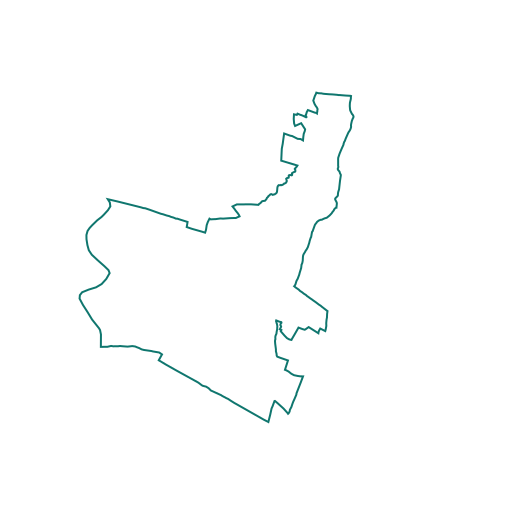 the district of Almaj, Dolj, Romania, rotated 49°
{"feature_id": "2599482B54924202091715", "entity_name": "Almaj", "entity_type": "district", "adm_level": 2, "iso_a3": "ROU", "parent_name": "Romania", "parent_adm1": "Dolj", "projection": "natural_earth1", "projection_center": [23.708, 44.445], "detail": "fine", "context": "isolated", "style": "outline", "palette": "teal", "viewbox_px": 512, "rotation_deg": 49, "n_neighbors": 0, "source": "geoboundaries", "source_scale": "gbopen_adm2", "svg_char_len": 6121}
<svg xmlns="http://www.w3.org/2000/svg" viewBox="0 0 512 512"><g transform="rotate(49 256 256)"><path d="M396.1,335.3L396.1,334.6L395.6,333.1L395.3,332.5L394.3,331.3L393.2,328.4L391.3,325.2L390.3,323.3L389.5,321.5L387.1,316.5L386.2,315.5L380.9,305.4L377.7,299.5L375.9,301.5L373.8,303.3L370.9,305.5L368.0,306.6L364.6,307.2L362.0,308.2L360.9,308.8L355.8,300.4L348.7,304.5L345.9,306.0L344.7,305.7L343.9,305.1L343.2,304.6L341.0,303.5L339.5,302.2L334.7,299.0L332.7,297.5L331.8,296.5L331.5,295.9L330.3,295.0L329.3,294.0L328.5,292.6L328.1,291.6L326.8,290.2L325.1,288.0L323.9,286.9L322.9,285.9L320.9,284.7L320.2,284.5L319.3,284.0L318.3,283.6L317.9,283.0L321.0,281.4L322.5,280.3L322.8,280.4L323.1,280.6L323.2,281.4L323.6,282.4L324.1,282.9L325.5,283.2L325.9,283.5L326.5,285.0L327.0,286.1L328.5,285.4L329.1,286.7L335.0,286.7L338.3,286.5L340.6,285.7L341.7,285.0L342.6,284.3L342.2,283.4L340.6,278.6L338.3,272.0L337.9,270.9L341.6,268.9L343.6,267.6L343.8,266.9L344.2,262.9L355.2,259.6L354.7,259.0L354.0,258.0L353.5,256.9L352.9,255.1L358.1,253.0L357.6,252.2L355.8,249.9L354.9,248.8L352.7,247.0L350.4,244.6L348.8,242.6L348.3,242.2L347.2,241.1L346.5,240.5L345.2,239.0L344.7,238.6L344.5,238.2L337.5,239.6L336.0,239.8L334.0,240.4L330.1,241.2L326.9,242.0L325.5,242.3L323.3,242.9L320.9,243.4L320.1,243.7L318.1,243.9L315.9,244.6L313.6,245.0L311.2,245.7L309.4,245.8L305.5,246.8L303.9,247.0L303.9,246.6L303.5,245.4L303.2,244.7L301.8,242.5L301.2,241.4L300.6,239.6L298.5,235.7L297.3,234.0L294.7,229.8L293.6,228.6L292.4,227.3L291.9,226.1L291.3,225.2L290.2,223.8L287.5,221.2L286.7,220.3L286.3,219.7L285.9,218.9L285.1,216.3L284.5,214.8L284.3,213.6L283.6,211.8L283.4,211.2L281.0,207.2L279.7,205.4L278.9,204.1L278.0,202.5L277.9,202.0L274.9,198.3L274.7,198.0L274.5,197.6L274.5,197.1L271.2,191.2L270.9,190.2L270.7,189.0L270.3,187.4L270.4,186.2L270.4,185.5L270.9,183.9L271.2,183.2L271.8,182.6L271.9,182.1L272.3,180.5L272.8,179.1L273.2,178.3L273.5,177.6L273.6,177.1L273.6,176.5L273.7,173.8L273.4,170.8L273.0,169.6L272.9,168.8L272.6,167.3L272.2,166.6L272.0,165.8L271.9,164.0L272.3,163.6L269.5,160.6L268.8,160.1L267.9,159.8L265.4,159.2L264.8,158.8L264.5,158.2L264.3,155.3L264.1,154.6L262.4,152.9L261.6,151.9L260.2,149.6L254.3,143.2L250.9,139.2L250.3,138.7L248.9,138.4L247.9,138.0L247.4,137.7L246.9,137.6L245.5,137.6L244.5,137.5L243.9,137.1L243.5,136.7L243.4,136.2L243.1,135.8L242.5,135.2L241.9,134.9L241.1,134.2L236.7,130.4L235.8,129.5L235.5,129.0L233.5,125.6L231.0,120.5L229.6,117.4L229.2,116.7L228.7,116.2L227.7,114.4L227.5,113.6L227.2,113.0L226.2,111.2L223.8,106.1L223.3,104.9L223.1,103.9L222.6,102.4L222.1,101.3L221.5,100.3L220.9,99.5L219.7,98.6L218.9,97.7L216.9,95.0L215.7,92.7L215.4,91.7L214.9,91.2L214.6,90.8L213.7,90.5L212.6,90.3L211.9,90.4L211.0,90.2L208.0,89.4L207.3,89.0L205.9,88.0L204.4,86.9L203.0,85.6L201.9,84.5L199.9,81.7L199.4,81.1L198.6,80.4L197.6,79.3L197.0,79.7L193.5,83.3L189.7,87.0L188.6,88.2L187.5,89.1L184.2,92.3L181.5,95.1L178.0,98.5L176.9,99.4L176.2,99.9L174.2,102.0L172.3,103.3L172.9,104.3L173.9,106.7L176.3,110.8L179.5,112.0L182.0,112.5L183.6,112.6L184.9,112.9L185.6,113.2L186.2,114.0L187.4,115.2L187.8,115.9L188.4,116.5L187.3,116.8L186.3,117.6L179.9,121.1L180.7,123.3L181.9,125.1L182.3,126.2L182.9,126.4L183.8,126.5L184.3,126.9L184.2,127.2L181.1,128.5L179.3,129.4L178.6,129.9L175.8,131.3L176.3,132.6L174.0,134.4L177.3,137.6L181.0,140.3L183.5,141.2L185.4,134.8L192.6,135.8L193.7,137.2L195.1,139.8L197.1,142.1L199.6,144.7L197.0,145.6L194.9,147.7L189.2,150.0L187.7,151.2L182.0,154.4L188.9,162.3L192.0,166.2L200.6,174.4L214.9,165.4L215.3,166.6L215.6,169.5L215.8,169.7L217.0,169.9L217.4,170.4L217.7,170.6L217.9,170.8L218.0,171.2L217.5,172.4L217.3,173.4L217.1,174.2L217.1,174.4L217.3,174.8L218.4,175.4L218.5,175.5L218.6,175.9L218.5,176.2L217.9,176.5L217.5,176.9L217.0,177.5L216.7,178.2L216.9,178.7L217.8,179.3L218.2,179.9L218.3,180.1L217.6,181.3L217.5,181.8L217.5,182.5L218.8,183.2L219.4,183.4L219.7,183.7L219.9,184.0L220.1,184.4L220.1,184.8L220.3,185.1L220.4,185.7L220.2,186.4L220.0,186.9L219.8,187.1L219.8,187.7L219.9,188.0L219.8,188.4L219.8,188.9L219.6,189.5L219.5,189.8L219.4,190.1L219.1,190.5L218.7,190.6L218.4,191.4L217.4,192.5L217.5,192.9L217.6,193.7L218.1,194.6L218.7,195.3L219.8,196.4L221.2,197.9L221.7,198.7L221.8,199.1L221.9,199.5L221.7,201.5L221.2,202.3L221.0,202.9L220.8,203.3L219.8,203.6L219.3,203.9L219.0,204.5L218.9,205.1L219.1,206.3L218.9,207.1L219.1,207.9L219.3,208.3L219.3,209.1L219.3,209.6L219.8,210.5L220.1,212.1L220.2,213.0L219.0,214.8L218.7,215.6L219.0,218.1L218.8,219.0L218.8,220.0L219.0,220.6L213.9,225.7L205.0,236.0L204.5,236.6L203.2,241.2L206.9,241.4L208.4,241.6L211.9,241.7L214.0,242.0L215.3,242.4L214.4,245.2L214.2,246.1L213.7,246.8L212.8,247.8L210.2,251.0L206.3,256.2L204.2,258.4L201.8,262.1L199.5,265.0L198.7,266.1L197.3,266.6L198.8,270.2L200.4,273.0L203.4,276.5L205.0,279.1L201.9,281.0L193.5,286.5L188.7,289.3L185.4,285.3L183.6,286.4L178.9,289.3L176.2,290.9L175.3,291.9L172.8,293.1L170.7,294.5L169.0,295.3L166.9,296.8L163.5,298.8L161.7,300.1L151.2,306.0L147.3,308.3L145.9,309.6L143.8,310.9L134.2,317.6L124.2,324.6L115.9,330.6L119.7,331.2L123.0,333.4L124.3,337.7L125.0,343.8L125.2,347.1L124.9,352.4L125.3,359.6L125.7,363.2L126.6,366.7L128.9,370.2L132.1,372.9L137.2,376.1L142.0,378.4L147.3,379.1L155.1,378.3L164.1,377.1L169.9,376.6L172.9,377.7L175.1,384.1L175.9,390.9L174.7,397.3L171.6,404.3L169.3,411.0L170.0,414.6L172.4,417.1L179.4,418.7L188.3,420.0L196.4,421.4L207.6,421.9L209.6,422.3L213.5,424.5L222.8,432.7L227.1,427.6L228.8,424.4L230.7,422.8L231.6,421.6L232.3,420.9L233.8,419.1L234.2,418.4L234.9,417.5L236.6,415.9L238.4,414.1L240.2,412.3L242.8,408.5L243.7,407.7L245.1,406.5L246.6,405.8L248.8,404.6L251.4,403.6L253.3,402.3L259.2,397.2L260.3,396.5L265.3,392.4L268.6,391.5L270.9,397.8L278.9,395.2L289.9,391.3L313.4,382.7L314.6,382.4L318.0,381.7L318.9,381.4L320.4,380.4L321.8,379.4L324.7,378.5L327.9,378.3L338.2,373.6L339.1,373.4L341.3,372.6L341.9,372.3L343.7,371.7L345.6,370.8L348.3,370.1L352.9,368.7L354.8,368.0L384.6,357.5L389.4,355.6L385.1,349.4L381.3,344.3L380.3,342.1L377.6,337.2L377.8,336.8L380.9,336.3L389.2,335.3L395.3,335.2L396.1,335.3Z" fill="none" stroke="#0f766e" stroke-width="2"/></g></svg>